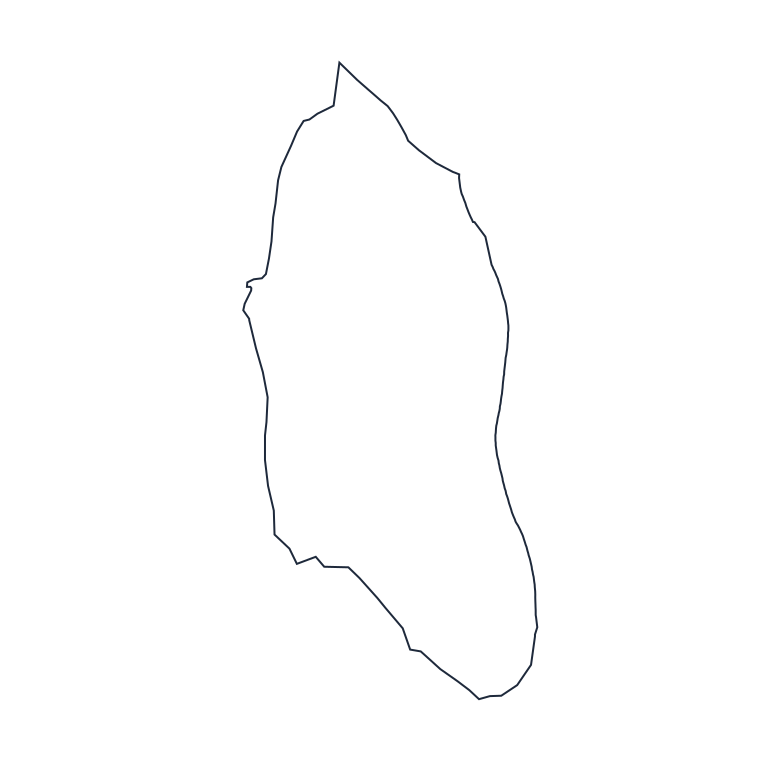 Al Madan, Amran, Yemen (Equal Earth projection), rotated 173°
{"feature_id": "15242507B28898961635251", "entity_name": "Al Madan", "entity_type": "district", "adm_level": 2, "iso_a3": "YEM", "parent_name": "Yemen", "parent_adm1": "Amran", "projection": "equal_earth", "projection_center": [43.615, 16.232], "detail": "fine", "context": "isolated", "style": "outline", "palette": "slate", "viewbox_px": 768, "rotation_deg": 173, "n_neighbors": 0, "source": "geoboundaries", "source_scale": "gbopen_adm2", "svg_char_len": 2966}
<svg xmlns="http://www.w3.org/2000/svg" viewBox="0 0 768 768"><g transform="rotate(173 384 384)"><path d="M283.8,582.9L285.8,584.0L288.0,585.2L289.8,586.1L305.4,596.9L320.8,611.7L330.4,622.5L332.0,628.3L335.3,636.6L338.7,644.6L342.0,651.6L346.5,659.4L352.9,666.0L356.7,670.3L363.3,677.6L373.6,689.1L389.1,708.4L400.1,666.4L417.1,660.4L425.8,655.6L431.7,654.9L439.5,645.2L447.2,631.8L459.4,611.9L464.3,599.1L469.7,576.3L473.7,562.9L478.3,539.2L482.9,522.5L487.8,507.5L492.3,503.8L500.5,503.8L507.3,501.5L508.2,497.1L504.8,496.7L504.0,495.3L504.5,492.9L512.5,480.6L514.7,474.3L509.9,465.2L510.0,463.8L506.7,435.0L502.8,410.5L501.1,385.0L505.3,360.5L508.4,347.4L511.4,323.1L511.5,297.0L508.8,271.8L511.0,247.9L497.9,232.1L492.4,216.1L472.8,220.8L465.6,209.9L441.7,206.4L432.0,194.4L416.6,172.3L410.0,161.8L395.7,140.0L395.2,139.3L390.4,117.2L380.1,114.1L362.8,94.1L347.1,79.9L336.6,69.7L328.1,59.6L316.9,61.3L305.6,60.3L288.5,68.9L272.3,87.3L264.9,115.1L264.7,116.9L261.5,123.9L261.5,126.6L261.5,128.7L261.5,131.3L261.5,134.0L261.6,136.2L261.3,138.7L261.0,141.2L260.8,143.8L260.5,147.0L260.2,150.5L259.9,153.6L259.5,156.6L259.2,159.9L259.1,163.8L258.9,166.6L259.0,169.3L259.0,172.1L259.0,174.4L259.3,176.8L259.4,179.5L259.7,182.0L259.7,184.6L260.0,187.5L260.3,190.4L260.6,193.0L261.3,196.5L261.5,198.6L261.9,200.8L262.4,204.9L263.0,207.2L263.5,210.1L264.1,213.1L264.6,216.0L265.3,218.5L266.0,220.5L266.6,222.6L267.6,225.4L268.3,227.3L269.4,229.5L270.2,231.4L270.6,233.6L271.2,235.5L271.8,237.6L272.7,241.1L273.1,243.9L273.9,248.0L274.4,250.4L274.7,252.8L275.0,255.0L275.5,257.6L276.1,259.9L276.3,263.2L276.9,265.7L277.2,268.9L277.6,271.4L277.9,273.6L277.9,275.9L278.2,278.5L278.5,281.0L279.0,284.0L279.3,286.5L279.4,289.2L279.7,291.3L279.7,294.1L280.2,296.8L280.5,299.8L280.5,304.1L280.6,309.4L280.3,311.9L280.3,314.3L279.9,317.5L279.7,319.6L279.0,322.1L278.3,326.0L277.6,329.0L276.8,331.0L275.9,334.1L275.3,336.3L274.2,339.2L273.6,341.2L272.8,343.1L272.1,345.3L271.7,347.7L270.8,350.1L270.2,352.4L269.6,355.0L268.9,357.5L268.1,359.9L267.4,363.2L266.8,365.6L266.4,367.7L265.7,371.1L264.9,374.2L264.4,376.6L263.6,378.9L263.2,381.7L262.6,384.2L261.9,387.0L261.0,390.7L260.1,395.1L259.1,398.0L258.5,400.3L257.7,403.1L257.2,405.2L256.7,408.0L256.0,411.0L255.6,413.7L255.0,416.6L254.7,419.6L254.0,422.1L253.7,424.3L253.4,427.0L253.4,429.2L253.3,431.7L253.3,434.3L253.3,436.8L253.4,439.6L253.4,442.1L253.4,444.9L253.5,447.0L253.7,449.4L254.1,451.9L254.7,454.2L255.1,456.8L255.6,459.1L255.9,461.9L256.2,464.2L256.7,467.1L257.2,469.5L257.8,471.8L258.1,474.4L258.7,476.3L259.4,478.5L260.0,481.0L260.6,482.9L261.4,484.9L261.9,487.0L262.7,489.2L265.4,517.8L274.4,533.6L276.0,534.0L276.7,536.5L277.5,538.7L278.4,541.6L279.2,544.4L280.0,547.7L280.6,550.0L281.2,553.7L281.6,555.2L282.0,556.6L282.9,560.6L283.7,563.1L284.0,565.2L284.2,567.4L284.4,569.7L284.4,572.5L284.4,574.8L284.4,577.2L284.4,579.3L284.0,581.7L283.8,582.9Z" fill="none" stroke="#1e293b" stroke-width="2"/></g></svg>